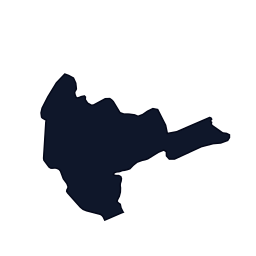 outline of Sokoto, rotated 246°
{"feature_id": "NGA-2871", "entity_name": "Sokoto", "entity_type": "State", "adm_level": 1, "iso_a3": "NGA", "parent_name": "Nigeria", "parent_adm1": "", "projection": "equal_earth", "projection_center": [5.256, 12.709], "detail": "fine", "context": "isolated", "style": "filled", "palette": "ink", "viewbox_px": 256, "rotation_deg": 246, "n_neighbors": 0, "source": "natural_earth", "source_scale": "10m", "svg_char_len": 1630}
<svg xmlns="http://www.w3.org/2000/svg" viewBox="0 0 256 256"><g transform="rotate(246 128 128)"><path d="M132.8,38.1L134.7,38.6L150.8,47.0L166.9,55.4L167.4,55.8L167.8,56.2L168.2,56.5L168.7,56.2L172.0,53.8L173.1,53.5L176.2,54.4L177.2,54.7L181.1,57.6L189.1,67.5L198.4,81.0L203.0,92.2L200.2,95.1L195.8,98.5L190.2,98.5L184.7,96.7L183.7,95.5L182.8,94.1L181.8,93.6L180.7,93.3L179.5,93.1L176.8,93.1L176.0,94.0L175.7,96.0L175.7,98.0L175.0,101.2L173.6,101.7L171.4,100.5L167.2,101.2L163.6,103.9L163.0,106.0L164.0,119.1L162.3,123.3L160.3,124.5L158.1,125.3L145.3,126.9L142.4,129.9L140.3,134.5L137.3,139.4L134.6,141.9L134.3,146.9L135.4,152.6L135.6,158.6L132.8,162.6L115.3,163.5L107.0,161.7L104.8,170.9L104.4,206.9L103.3,207.9L102.0,208.0L101.4,206.8L100.5,206.1L99.9,206.4L99.2,206.7L98.3,206.0L97.1,205.6L95.9,206.0L85.0,212.5L83.0,215.8L80.5,217.9L78.0,216.8L76.1,214.0L76.6,206.6L79.1,199.4L81.1,187.4L80.7,157.9L82.8,153.1L86.9,151.8L90.8,153.4L93.3,151.7L93.5,145.9L91.8,133.5L92.1,130.6L92.7,127.8L93.1,122.3L91.8,117.5L90.0,113.1L90.3,110.1L90.9,107.1L91.3,106.1L91.5,104.9L91.5,103.5L91.7,102.1L92.5,99.8L92.7,97.4L91.7,95.8L90.3,96.4L89.2,98.2L88.3,100.2L86.5,101.6L84.4,101.4L82.3,100.1L80.4,98.4L78.5,97.4L76.4,96.8L72.5,94.9L69.0,92.1L67.3,89.9L65.5,88.1L63.5,88.7L61.5,89.9L57.8,89.1L53.4,89.3L53.0,89.4L53.1,87.7L53.3,69.3L57.0,69.2L58.7,68.7L60.3,67.7L69.3,56.4L71.9,53.9L75.0,52.3L81.8,50.1L93.1,46.5L95.0,46.2L96.3,47.0L97.5,48.6L98.8,49.4L102.1,49.6L107.9,48.3L116.1,48.8L118.0,48.3L118.7,47.9L120.4,46.3L121.2,45.0L122.2,42.2L122.8,41.1L124.4,40.0L132.8,38.1Z" fill="#0f172a" stroke="#020617" stroke-width="1.5"/></g></svg>